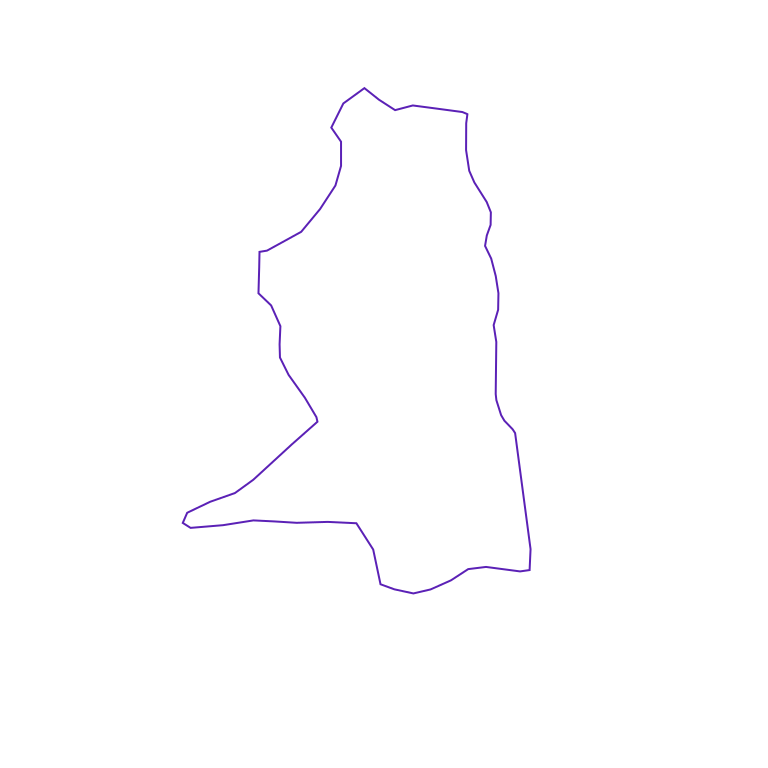 Podgorica, Natural Earth projection, rotated 318°
{"feature_id": "MNE-1517", "entity_name": "Podgorica", "entity_type": "Municipality", "adm_level": 1, "iso_a3": "MNE", "parent_name": "Montenegro", "parent_adm1": "", "projection": "natural_earth1", "projection_center": [19.345, 42.469], "detail": "fine", "context": "isolated", "style": "outline", "palette": "violet", "viewbox_px": 768, "rotation_deg": 318, "n_neighbors": 0, "source": "natural_earth", "source_scale": "10m", "svg_char_len": 1066}
<svg xmlns="http://www.w3.org/2000/svg" viewBox="0 0 768 768"><g transform="rotate(318 384 384)"><path d="M626.5,239.3L619.6,245.2L601.5,265.1L590.0,282.6L586.0,294.7L582.1,317.5L578.3,327.9L569.7,337.1L559.8,342.4L551.5,349.0L547.7,362.1L547.7,362.3L539.3,378.5L529.8,393.1L518.5,405.2L504.9,413.6L495.6,427.9L460.3,466.2L456.7,471.2L450.2,485.5L448.9,491.8L449.3,503.7L448.6,508.2L382.4,604.8L367.7,619.7L359.7,614.3L337.4,588.2L322.7,577.9L302.3,574.7L281.1,567.8L265.7,559.3L254.3,543.5L247.4,530.5L265.2,499.8L270.3,469.0L250.0,448.9L226.2,428.7L210.4,412.6L195.7,398.0L169.9,381.2L144.0,361.5L141.5,352.6L151.6,348.0L161.8,351.0L176.0,355.2L200.3,365.3L222.8,367.7L275.0,367.2L309.3,367.5L311.6,363.4L316.0,341.3L319.2,313.4L324.4,294.7L333.0,284.6L345.7,271.7L352.7,250.1L351.4,232.6L369.5,213.6L379.9,202.5L386.3,206.6L424.3,215.5L453.6,211.2L480.7,204.0L498.0,193.2L514.2,175.2L516.4,158.2L541.5,148.3L567.4,151.0L570.5,169.4L575.5,187.9L591.8,196.3L605.9,212.8L624.2,234.3L626.4,238.9L626.5,239.3Z" fill="none" stroke="#5b21b6" stroke-width="2"/></g></svg>